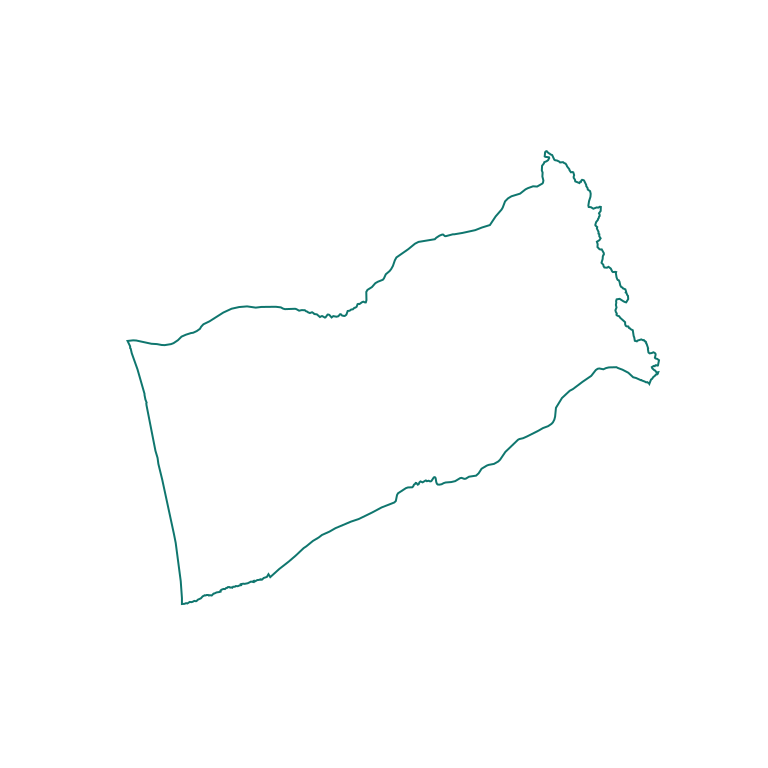 Ashburton District, Canterbury, New Zealand, rotated 108°
{"feature_id": "76426892B67490392619743", "entity_name": "Ashburton District", "entity_type": "district", "adm_level": 2, "iso_a3": "NZL", "parent_name": "New Zealand", "parent_adm1": "Canterbury", "projection": "orthographic", "projection_center": [171.372, -43.643], "detail": "fine", "context": "isolated", "style": "outline", "palette": "teal", "viewbox_px": 768, "rotation_deg": 108, "n_neighbors": 0, "source": "geoboundaries", "source_scale": "gbopen_adm2", "svg_char_len": 6166}
<svg xmlns="http://www.w3.org/2000/svg" viewBox="0 0 768 768"><g transform="rotate(108 384 384)"><path d="M118.4,285.8L118.0,288.4L118.3,290.5L118.0,291.4L114.3,294.8L114.2,296.6L113.7,297.7L113.6,298.6L112.7,300.7L112.3,301.2L112.8,302.0L113.8,302.4L117.9,301.5L118.1,300.7L117.4,297.2L118.0,296.7L120.4,297.1L121.9,298.2L123.5,300.1L124.8,300.1L127.6,301.1L132.1,299.9L133.9,298.5L137.7,297.5L141.2,295.3L143.4,295.0L144.4,295.3L148.9,299.4L149.9,303.3L153.3,307.7L155.2,309.6L160.9,313.4L166.1,320.8L169.1,323.4L172.9,325.3L179.5,325.6L181.8,326.1L190.1,329.6L200.1,332.4L204.9,339.2L209.5,344.8L216.1,356.1L220.0,363.6L220.3,364.7L224.3,370.9L224.5,371.8L223.6,374.1L224.0,375.0L225.8,377.1L228.8,379.5L230.6,380.4L238.2,395.1L241.0,397.9L248.3,402.6L259.8,411.3L263.0,411.9L268.9,412.0L272.5,412.7L274.9,413.6L279.1,416.2L283.6,416.7L285.2,417.3L288.6,421.4L290.8,423.4L295.5,425.4L299.6,428.8L301.9,429.3L309.7,426.6L312.0,426.5L312.3,427.2L312.1,429.1L312.9,430.1L315.5,432.0L315.8,433.3L316.2,433.8L319.0,433.9L320.2,434.8L320.7,435.7L322.6,436.7L323.3,438.2L324.9,439.3L325.8,441.1L329.7,441.2L331.1,442.1L331.6,442.8L331.8,444.5L331.8,445.2L331.0,446.6L331.2,447.3L333.7,448.4L334.7,450.0L335.1,453.2L336.9,454.4L335.2,457.3L335.1,458.1L335.4,459.1L338.7,460.2L339.1,460.7L338.5,463.7L338.8,464.4L340.1,465.6L338.5,469.4L339.0,471.9L338.4,472.9L338.0,474.6L339.4,476.4L339.3,478.4L338.9,479.2L338.9,480.6L338.3,482.1L339.2,485.2L340.5,487.4L339.9,490.4L339.9,491.7L343.4,501.3L343.5,503.2L343.0,505.8L344.0,510.8L348.6,524.4L351.0,529.6L352.5,538.2L355.6,545.6L359.5,552.2L365.7,558.9L378.4,569.4L383.0,574.2L386.0,575.6L388.4,576.1L391.5,578.4L394.2,581.3L395.2,583.3L398.3,587.6L401.5,591.2L406.0,593.5L410.2,596.8L411.9,598.9L414.8,604.6L415.6,607.5L416.2,612.2L417.6,617.6L419.2,633.1L420.0,636.1L422.3,641.2L426.6,637.1L428.3,636.5L428.7,635.8L432.7,633.4L446.2,623.0L467.4,608.7L468.4,608.4L472.5,606.1L475.1,604.0L475.8,604.1L477.6,603.3L518.2,580.7L524.3,576.5L529.7,573.9L543.6,565.3L591.8,537.3L599.5,533.0L634.3,516.4L650.1,510.0L655.7,508.2L654.7,505.8L653.6,504.5L653.5,503.2L651.3,501.4L651.0,499.8L650.3,498.7L648.9,497.4L648.7,495.7L648.3,495.2L646.7,494.4L644.4,491.9L641.9,490.8L641.4,490.1L640.4,489.4L640.2,488.2L639.6,487.7L639.0,486.1L639.3,485.1L638.7,484.5L638.4,482.5L636.0,481.3L635.7,480.6L634.0,478.9L632.6,476.1L631.9,475.2L631.1,475.7L629.9,475.0L628.5,473.3L628.2,471.9L626.7,471.0L626.2,470.0L625.5,469.8L624.9,468.5L625.2,467.4L624.6,466.5L624.7,465.4L623.4,464.8L622.9,463.2L622.0,462.6L621.5,460.6L620.1,459.0L619.5,457.8L618.7,458.4L618.5,458.2L617.4,456.1L617.2,454.9L615.6,452.0L613.0,449.4L612.8,447.8L612.6,448.0L611.3,446.8L611.9,446.0L609.6,443.9L609.0,442.4L607.9,441.1L607.8,440.9L608.2,440.5L607.7,439.5L605.7,438.5L603.7,435.8L600.6,435.1L602.8,432.5L592.2,426.4L582.6,419.9L574.6,415.0L564.9,409.7L562.5,407.8L555.2,403.1L550.2,398.7L546.7,396.3L541.3,390.3L536.1,385.6L525.1,372.9L520.3,366.4L509.8,355.5L502.1,348.1L493.5,337.6L491.6,336.6L485.6,337.3L483.6,336.9L476.3,331.0L475.0,329.3L473.5,325.2L472.3,324.6L470.5,324.4L469.3,323.5L468.3,323.3L468.2,322.6L469.3,320.8L468.6,320.1L466.6,319.9L465.4,319.2L465.6,316.9L462.9,314.6L462.8,314.1L463.2,313.2L462.2,311.6L462.4,310.3L462.1,309.4L461.5,308.9L457.5,307.8L457.0,307.2L457.0,306.5L457.6,305.8L461.1,304.0L462.5,302.9L463.0,301.8L462.6,300.2L461.5,298.2L459.8,296.6L458.6,294.9L456.5,289.8L454.4,286.3L450.0,282.5L449.3,281.2L449.4,278.4L448.8,277.0L445.9,274.5L442.7,268.1L439.7,266.4L434.4,265.0L429.8,261.0L428.6,259.5L426.0,254.7L422.4,251.4L420.1,250.2L411.1,247.6L395.6,239.3L394.5,238.2L392.6,235.0L389.8,231.9L380.6,222.6L376.8,219.2L373.4,214.9L370.2,212.4L368.3,211.5L365.2,211.0L362.1,211.2L353.5,213.1L342.3,210.4L333.1,205.3L330.5,202.8L320.5,195.8L312.2,189.4L305.3,186.9L303.5,185.5L302.7,184.0L302.2,179.9L300.2,177.7L298.7,175.2L296.2,168.1L296.5,166.5L296.7,161.6L297.8,155.1L300.6,149.1L300.4,146.2L301.0,140.9L300.7,140.4L301.0,139.7L301.1,136.8L301.4,135.3L300.9,134.2L301.2,133.8L301.1,132.6L301.9,131.7L297.2,131.4L296.2,130.6L294.3,130.1L292.0,128.6L291.1,128.5L290.6,127.9L290.6,127.4L289.7,126.8L288.0,126.8L288.6,127.9L288.6,128.6L287.4,130.3L287.3,131.3L286.2,133.7L285.2,134.5L283.5,133.1L283.4,132.0L282.3,131.6L282.0,130.9L282.1,129.9L281.7,129.2L276.4,129.8L275.7,132.0L275.8,133.7L275.3,134.5L272.3,134.7L271.3,135.2L270.8,136.1L270.6,137.6L271.8,138.9L272.8,140.9L272.3,142.2L269.1,143.9L268.5,143.8L264.7,146.6L264.4,147.2L263.3,147.6L262.9,148.1L262.9,148.9L262.5,149.2L262.4,150.0L261.9,150.5L262.3,151.3L262.1,153.1L264.4,156.3L265.3,156.7L265.4,158.8L262.4,160.4L261.2,161.4L256.0,164.0L255.6,166.5L255.0,167.4L255.0,168.3L253.8,169.4L254.2,171.1L253.9,172.1L252.7,173.1L250.7,173.8L248.1,179.7L246.9,181.3L246.9,183.2L246.4,184.3L245.0,184.4L243.8,185.8L242.3,186.7L239.4,186.5L237.1,187.9L234.9,188.2L233.4,188.9L231.6,188.9L230.2,186.2L231.4,181.7L231.6,179.8L231.5,178.9L227.7,178.0L224.8,179.2L224.1,180.3L222.5,181.5L222.3,182.4L221.3,182.3L219.4,183.7L219.2,186.4L218.6,187.0L218.4,188.4L217.3,189.7L213.9,191.7L212.8,192.8L212.8,193.9L212.3,194.5L210.7,195.8L206.8,197.8L205.8,197.8L205.9,198.7L206.8,200.9L206.4,201.8L204.1,204.0L203.2,206.7L204.5,207.9L205.1,210.4L204.1,211.6L202.9,212.2L201.5,214.6L197.5,214.7L195.2,215.3L193.7,215.3L193.0,214.9L191.6,215.4L188.7,218.5L189.2,219.8L189.2,220.7L187.8,223.3L185.0,224.0L182.9,225.5L180.7,223.6L178.5,223.0L177.0,224.9L175.0,225.5L174.7,226.5L173.1,226.9L170.3,229.6L168.9,229.7L167.9,231.9L167.3,232.2L164.5,232.3L161.8,231.3L160.7,231.4L160.2,231.1L158.4,231.2L157.5,230.8L156.1,231.4L155.2,232.3L152.5,231.4L148.6,232.5L148.7,233.5L150.1,234.8L150.3,236.2L152.6,239.1L151.9,241.8L152.4,244.0L151.1,244.8L146.7,245.5L142.2,245.5L139.2,246.2L136.9,247.6L136.1,250.3L134.8,250.9L133.3,252.8L132.2,253.2L128.8,256.5L128.5,257.0L128.6,258.7L129.5,259.2L130.8,259.1L131.1,259.9L132.5,260.2L132.2,264.7L130.6,265.6L129.3,267.3L128.2,267.7L126.6,267.7L124.2,269.4L124.2,270.4L124.9,271.6L123.4,273.6L122.5,274.1L120.5,277.1L119.5,277.9L118.3,279.4L118.2,280.9L117.7,282.3L118.9,285.0L118.4,285.8Z" fill="none" stroke="#0f766e" stroke-width="2"/></g></svg>